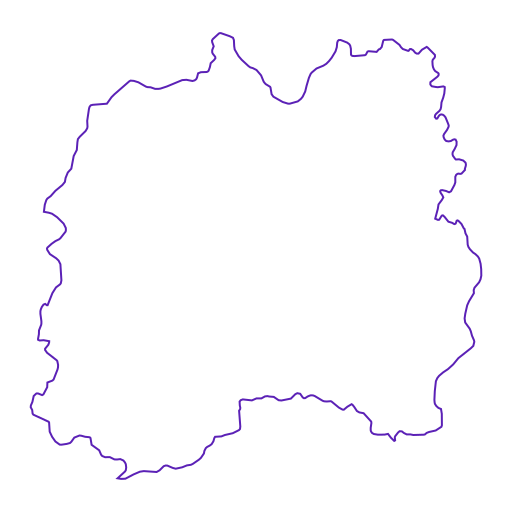 outline of Quy Hop, Nghệ An, Vietnam
{"feature_id": "81297802B66096195927531", "entity_name": "Quy Hop", "entity_type": "district", "adm_level": 2, "iso_a3": "VNM", "parent_name": "Vietnam", "parent_adm1": "Nghệ An", "projection": "natural_earth1", "projection_center": [105.167, 19.322], "detail": "fine", "context": "isolated", "style": "outline", "palette": "violet", "viewbox_px": 512, "rotation_deg": 0, "n_neighbors": 0, "source": "geoboundaries", "source_scale": "gbopen_adm2", "svg_char_len": 5879}
<svg xmlns="http://www.w3.org/2000/svg" viewBox="0 0 512 512"><path d="M159.6,470.3L163.7,466.2L165.7,465.5L167.4,465.6L172.7,467.9L175.7,468.7L182.2,467.3L186.9,465.4L190.9,464.8L192.8,463.9L198.9,459.7L200.9,457.9L203.9,453.5L204.4,450.9L205.8,448.1L207.2,446.9L209.7,445.6L211.6,444.2L213.4,441.3L214.3,438.1L215.1,436.8L221.4,436.4L224.9,435.0L232.8,433.2L239.0,430.1L240.0,429.0L240.3,426.5L239.1,410.7L240.1,409.2L240.3,407.9L239.8,405.4L239.6,401.6L240.7,400.2L242.8,399.4L251.9,400.4L256.5,398.4L261.4,398.4L265.0,396.4L267.5,396.1L269.1,396.5L273.8,396.9L278.6,400.2L281.4,400.5L290.9,398.6L295.3,394.2L297.3,393.2L300.2,393.8L302.7,397.4L303.9,398.2L305.2,398.1L307.6,396.5L309.5,395.7L310.9,395.3L313.0,395.4L314.7,396.0L322.7,400.8L324.1,401.3L326.7,401.5L330.7,401.2L331.5,401.5L338.9,407.6L342.5,409.6L343.8,409.7L347.4,406.7L351.6,404.2L352.6,404.9L354.2,406.9L356.9,411.0L359.3,412.4L363.6,413.2L371.2,421.6L371.4,423.0L370.7,427.8L370.7,430.3L371.0,431.4L372.0,432.9L373.8,434.0L378.0,434.7L384.6,434.6L388.0,433.9L390.9,437.7L394.2,440.9L395.1,440.4L394.8,437.2L395.2,436.2L398.1,432.5L399.6,431.2L401.9,431.4L403.9,433.0L406.7,434.4L410.4,434.4L413.3,435.0L423.5,434.7L424.8,434.5L426.7,432.9L429.0,432.0L435.7,430.5L441.4,426.8L441.9,425.3L441.8,413.8L441.0,409.0L438.4,407.9L436.3,406.0L434.9,403.8L434.6,402.3L434.4,399.8L434.8,391.1L435.9,381.2L437.3,378.1L439.1,375.8L443.1,372.4L448.0,369.1L453.2,364.4L458.4,358.1L470.8,348.3L473.3,345.9L474.3,341.8L474.0,340.3L472.0,335.7L470.8,331.3L469.7,328.7L465.2,322.5L464.6,318.4L465.3,313.6L467.2,305.3L469.1,301.1L473.9,293.2L473.7,290.1L474.5,287.7L479.1,282.3L480.5,279.3L481.3,275.7L481.2,269.3L480.6,263.8L479.2,258.6L477.9,256.5L475.4,254.1L473.0,252.5L469.9,249.2L468.4,246.9L467.7,244.7L467.2,236.6L465.5,233.4L464.5,228.9L463.8,228.4L461.5,224.0L458.5,220.9L457.6,220.4L456.7,220.7L455.7,223.5L454.7,224.1L454.1,224.0L452.1,222.8L448.4,221.7L444.6,216.9L443.0,215.4L442.2,215.4L441.5,216.0L439.2,219.7L438.0,219.9L435.2,218.7L437.8,208.9L438.5,204.4L441.9,199.9L443.3,197.4L442.4,195.4L440.7,192.9L440.2,191.6L440.3,190.8L440.8,190.3L442.2,190.1L446.1,191.0L449.1,192.3L451.0,191.3L454.4,185.0L455.3,182.4L455.3,176.8L456.2,174.8L457.4,173.9L458.5,173.6L460.2,173.9L461.5,173.6L465.0,169.9L464.8,169.1L465.8,165.8L465.9,164.2L465.5,162.6L463.2,160.5L459.1,159.3L455.9,159.5L455.1,158.8L452.9,155.7L452.5,154.1L452.7,152.3L454.7,148.9L456.5,145.1L456.6,141.7L455.6,139.6L454.3,139.3L452.8,139.8L450.9,141.0L448.6,141.4L446.2,141.0L444.7,139.5L443.7,137.4L443.4,135.7L444.1,134.0L447.1,129.8L448.6,126.7L448.7,125.4L448.0,123.4L445.5,117.3L444.1,115.6L442.8,114.7L441.1,114.4L439.7,115.0L438.7,116.1L437.3,118.5L436.2,118.7L434.8,117.0L435.1,115.2L436.1,113.8L439.5,110.8L440.6,109.1L441.1,107.0L441.5,102.4L443.2,97.7L444.3,93.4L444.8,88.1L444.7,87.0L443.3,86.4L437.8,87.2L435.9,87.0L431.9,86.3L430.8,85.2L430.3,84.2L430.4,82.2L437.4,76.7L438.5,75.4L438.7,74.0L438.3,73.1L435.2,71.1L433.9,69.3L433.0,67.1L432.6,65.0L432.4,61.2L432.8,59.7L434.5,57.8L435.0,56.7L434.9,54.9L427.9,47.8L426.7,46.9L422.0,49.7L418.5,53.6L416.8,53.6L415.3,52.8L413.1,50.2L411.0,49.0L409.9,49.1L408.6,50.8L408.2,50.9L402.8,49.0L401.0,47.2L399.5,44.9L393.1,39.9L392.0,39.5L384.4,39.9L383.7,40.1L383.2,40.9L381.7,47.0L380.0,49.0L378.8,49.4L376.6,51.9L368.7,51.2L367.5,51.6L365.9,54.6L364.9,55.2L354.5,56.1L352.3,55.9L351.4,55.3L351.0,54.5L350.9,48.8L350.2,45.7L349.4,44.3L347.2,42.6L343.2,41.0L340.6,40.0L338.7,40.1L337.8,41.0L337.2,42.7L336.8,47.2L335.5,51.4L331.7,57.7L329.0,61.1L326.3,63.8L323.3,65.7L316.5,68.5L311.7,72.6L310.6,74.0L308.9,77.9L306.6,85.7L305.2,91.5L302.7,96.7L301.0,98.8L297.8,101.4L289.7,103.7L288.2,103.7L282.7,102.0L273.4,96.7L271.6,94.2L270.5,87.6L270.1,86.8L265.7,84.1L264.6,82.9L263.7,81.7L261.1,75.4L260.2,74.3L256.5,70.0L252.8,68.1L250.3,67.4L248.5,66.1L241.7,59.8L238.6,56.2L234.7,49.5L234.2,46.2L233.9,40.1L233.0,37.8L229.7,36.2L220.8,33.1L219.8,33.1L218.9,33.5L212.8,39.1L212.0,40.5L212.2,42.2L213.7,46.3L212.2,50.1L212.2,52.3L212.7,53.6L215.2,56.8L215.4,58.2L214.2,59.9L210.7,63.2L209.9,67.1L208.6,70.7L207.7,71.6L206.6,72.0L200.9,72.2L198.1,73.3L197.0,77.6L196.2,79.2L194.6,80.4L192.5,81.0L186.4,79.8L182.2,80.1L166.8,86.5L160.4,88.6L158.2,88.9L155.2,88.9L150.6,87.3L147.4,87.1L145.9,86.6L138.4,82.3L133.9,80.9L130.6,80.6L129.3,81.3L114.5,94.2L111.5,97.2L106.9,103.7L92.8,104.8L90.8,105.3L90.1,106.1L89.4,107.2L88.9,109.3L87.2,120.8L87.5,126.7L87.2,128.3L85.6,131.0L79.7,136.8L77.9,139.1L77.4,142.2L76.8,150.0L73.7,156.0L71.3,168.7L67.8,172.5L65.6,177.9L64.9,181.9L62.4,185.0L55.4,190.8L50.7,196.1L47.3,198.6L46.3,200.1L44.8,204.7L43.9,211.8L48.7,212.7L52.0,213.7L57.1,217.2L63.6,223.6L65.8,228.0L65.9,230.2L65.6,231.6L60.4,238.2L59.1,239.3L55.4,241.1L51.6,243.8L47.4,247.6L47.0,248.5L47.2,249.8L49.9,254.1L56.2,258.3L58.6,260.6L60.4,264.2L61.4,280.3L60.8,283.3L60.1,284.3L56.0,287.4L52.4,293.1L47.6,305.2L46.8,305.2L45.2,303.9L43.5,304.6L41.8,307.0L40.8,309.4L40.4,311.2L40.4,313.8L41.4,321.2L41.4,323.5L41.2,324.8L39.0,330.4L38.9,334.2L38.0,339.1L38.1,339.8L39.7,340.5L43.6,340.2L49.2,341.2L49.1,342.6L48.3,344.8L45.1,348.7L45.1,350.0L47.1,352.8L56.6,360.2L57.3,361.1L58.1,364.9L58.0,367.4L57.5,369.5L53.6,379.5L52.4,380.6L47.4,382.5L47.2,387.2L43.4,394.4L42.1,395.1L38.2,393.5L36.8,393.4L36.1,393.7L33.7,396.0L32.4,401.9L30.9,405.4L30.7,407.2L32.2,410.0L32.6,413.6L33.4,414.7L48.7,421.8L49.1,422.6L49.7,431.7L52.1,436.8L55.4,441.5L59.7,444.6L61.4,444.7L66.8,443.9L70.0,443.0L71.3,441.8L74.3,437.6L79.5,435.5L81.2,435.7L85.2,436.8L89.3,437.2L90.2,437.6L90.5,438.1L91.6,444.8L99.2,450.3L101.1,454.7L102.2,456.0L105.1,457.2L109.8,457.1L114.4,459.4L116.9,459.5L120.3,459.1L123.4,460.5L125.0,462.5L125.8,464.2L126.2,467.5L125.8,470.2L125.0,471.5L117.6,478.3L121.2,478.9L125.4,478.7L133.6,474.4L139.9,471.7L143.8,471.1L156.6,472.0L159.6,470.3Z" fill="none" stroke="#5b21b6" stroke-width="2"/></svg>